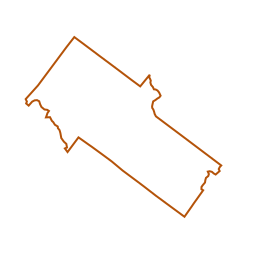 São Felipe D'Oeste, Rondônia, Brazil (Mercator projection), rotated 307°
{"feature_id": "56859067B20440072636343", "entity_name": "São Felipe D'Oeste", "entity_type": "district", "adm_level": 2, "iso_a3": "BRA", "parent_name": "Brazil", "parent_adm1": "Rondônia", "projection": "mercator", "projection_center": [-61.468, -11.916], "detail": "fine", "context": "isolated", "style": "outline", "palette": "amber", "viewbox_px": 256, "rotation_deg": 307, "n_neighbors": 0, "source": "geoboundaries", "source_scale": "gbopen_adm2", "svg_char_len": 1226}
<svg xmlns="http://www.w3.org/2000/svg" viewBox="0 0 256 256"><g transform="rotate(307 128 128)"><path d="M89.5,28.9L88.3,31.3L86.3,31.9L86.1,35.2L91.4,35.6L93.9,36.8L95.5,38.6L95.9,41.0L94.1,43.5L92.7,46.2L92.5,50.1L93.9,52.6L94.0,54.6L91.5,54.7L89.1,55.5L87.1,56.1L89.7,59.2L87.9,62.9L87.7,64.8L86.6,67.6L86.9,71.0L85.7,72.1L85.1,74.6L83.3,77.0L79.8,80.8L78.5,85.0L78.2,88.3L75.7,91.0L73.7,89.9L72.4,94.2L90.7,94.1L91.1,107.8L91.2,110.1L91.4,122.5L91.5,135.2L90.8,149.4L90.9,167.7L90.9,176.1L90.7,191.5L91.1,226.5L103.5,226.1L107.6,225.9L123.5,225.5L123.3,223.5L125.1,222.2L127.1,222.1L130.8,222.3L133.0,221.1L135.1,220.3L137.9,221.0L139.9,220.3L141.2,218.0L142.6,219.2L143.5,221.4L143.3,223.9L143.6,226.0L146.5,226.6L148.8,227.1L149.8,225.2L151.9,224.8L154.2,225.0L154.2,176.6L154.1,143.3L155.3,140.8L156.6,139.2L158.0,137.1L158.6,135.3L159.8,134.2L161.7,133.3L164.4,132.1L166.9,133.1L169.1,133.7L171.3,134.6L173.4,134.6L175.1,131.4L175.7,129.0L175.4,126.9L174.5,125.4L175.7,123.2L176.3,120.5L177.8,118.5L179.5,117.7L180.5,116.1L181.2,114.5L183.6,113.3L168.6,112.7L168.5,102.3L168.5,92.0L168.5,81.8L168.4,61.3L168.4,51.1L168.3,30.4L155.4,30.2L107.8,30.5L89.5,28.9Z" fill="none" stroke="#b45309" stroke-width="2"/></g></svg>